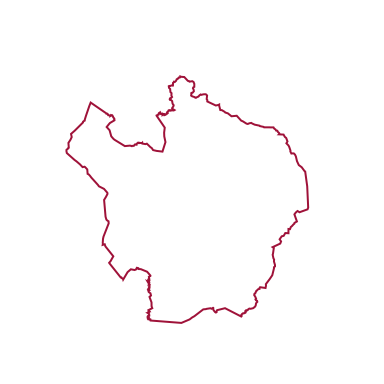 Jaunpiebalgas pag., Jaunpiebalgas, Latvia, rotated 56°
{"feature_id": "27541924B32667886531157", "entity_name": "Jaunpiebalgas pag.", "entity_type": "district", "adm_level": 2, "iso_a3": "LVA", "parent_name": "Latvia", "parent_adm1": "Jaunpiebalgas", "projection": "albers", "projection_center": [26.006, 57.148], "detail": "fine", "context": "isolated", "style": "outline", "palette": "rose", "viewbox_px": 384, "rotation_deg": 56, "n_neighbors": 0, "source": "geoboundaries", "source_scale": "gbopen_adm2", "svg_char_len": 6000}
<svg xmlns="http://www.w3.org/2000/svg" viewBox="0 0 384 384"><g transform="rotate(56 192 192)"><path d="M192.8,86.9L191.9,86.8L190.1,87.2L188.9,87.0L188.1,87.9L186.9,87.8L185.3,88.4L184.0,88.3L178.7,96.1L178.1,96.2L175.3,98.9L174.8,98.9L171.2,102.4L168.9,103.8L167.9,104.2L167.1,106.0L166.8,107.7L165.8,108.6L161.7,110.4L160.4,111.3L153.8,112.3L151.3,116.9L146.8,118.3L144.7,120.0L143.8,120.1L140.8,121.5L139.9,122.7L135.6,121.2L134.7,120.6L134.6,121.4L133.6,123.9L125.5,128.7L124.4,127.9L123.2,127.9L120.4,125.5L118.7,125.9L117.4,127.9L116.6,130.1L116.0,130.3L116.0,131.6L116.5,133.4L116.2,134.3L116.1,136.1L115.6,136.6L115.0,136.6L112.7,138.4L111.6,138.8L111.2,138.3L109.6,137.3L109.6,136.8L110.0,136.2L110.0,135.9L109.5,134.1L108.0,133.4L106.5,133.2L106.0,132.5L106.1,131.3L103.6,129.6L101.6,129.2L100.3,129.8L99.1,132.4L98.5,132.4L97.5,133.3L92.4,134.1L90.3,136.7L89.6,137.1L90.3,137.8L90.2,138.3L89.7,139.0L90.1,140.0L90.0,140.6L90.2,140.8L90.0,141.7L90.9,143.0L91.0,144.0L91.2,144.6L91.1,145.0L90.5,145.3L90.6,145.5L90.8,145.7L90.9,146.7L93.1,148.3L92.9,148.7L92.1,149.5L92.0,150.7L91.3,151.6L91.3,152.1L92.8,152.8L94.3,152.5L97.1,154.0L98.6,153.7L100.6,155.2L102.1,155.4L102.4,157.1L102.1,157.4L102.1,158.0L102.8,158.7L103.4,158.7L103.9,158.0L105.5,157.6L107.6,158.6L108.8,158.8L109.3,158.6L110.1,158.9L110.8,160.0L111.1,161.1L111.5,161.7L112.1,161.7L114.3,160.7L114.3,160.9L114.1,161.7L112.5,163.7L112.7,164.0L112.3,164.8L111.6,164.8L111.2,165.7L111.7,166.6L111.8,167.0L112.2,167.5L112.3,168.0L113.0,168.0L113.1,168.8L112.5,168.8L112.7,169.1L112.9,170.3L113.2,170.7L113.0,171.4L112.8,171.2L112.7,171.5L112.3,171.6L112.1,172.2L111.6,171.7L111.1,172.3L111.3,173.1L110.7,172.7L110.4,172.7L110.2,173.1L110.2,174.0L109.5,174.5L109.1,174.3L109.1,174.6L108.8,174.8L108.1,174.3L108.1,175.3L108.6,175.6L108.7,176.2L109.0,176.4L108.8,176.8L109.1,177.4L108.9,177.5L108.8,178.1L109.3,178.1L109.2,178.7L123.4,178.6L127.2,181.9L130.4,183.9L135.8,186.1L142.0,193.9L138.1,198.4L135.5,200.8L133.1,200.8L131.5,201.4L126.7,202.4L126.3,203.8L124.1,206.1L123.5,205.8L123.6,206.2L123.0,206.6L121.9,208.4L121.7,208.2L120.9,209.1L121.1,210.8L121.8,211.5L121.3,212.1L120.7,212.5L120.7,213.0L121.2,214.4L120.2,216.0L120.3,216.3L118.9,217.4L116.4,222.0L105.4,227.0L104.1,227.4L100.7,227.8L94.7,225.8L90.4,226.4L89.3,222.9L88.9,221.4L89.2,216.4L88.7,216.4L88.5,215.8L88.2,215.5L87.0,215.4L86.1,215.6L85.5,215.3L83.8,215.2L83.5,215.4L83.5,215.8L83.2,216.0L83.5,216.2L83.5,216.5L83.3,216.6L83.3,216.9L83.1,216.7L82.6,217.6L82.0,218.0L81.4,218.1L81.5,218.3L81.4,218.5L80.8,218.5L80.9,218.2L80.7,218.2L79.9,218.6L79.5,218.6L79.2,219.2L78.8,219.1L61.2,226.0L63.4,229.2L69.7,237.5L72.2,240.6L72.8,241.0L72.7,241.6L72.8,243.0L73.4,243.5L75.6,255.0L76.2,259.8L79.2,261.0L80.7,263.5L82.2,267.0L86.4,269.4L86.4,270.3L86.7,270.5L86.8,272.4L87.8,273.2L89.7,274.0L99.6,271.5L102.1,270.6L106.5,269.4L110.2,268.8L110.9,267.0L111.5,266.7L114.7,266.2L118.6,268.4L119.6,267.8L121.5,267.5L123.7,267.4L133.7,266.0L135.2,266.0L140.2,263.2L145.3,262.6L146.3,263.1L147.9,266.0L149.4,269.3L164.2,277.5L167.0,278.4L168.2,278.2L169.6,277.6L171.4,278.6L179.5,290.3L181.1,292.0L184.2,294.4L185.2,294.9L185.9,295.6L186.5,293.6L188.7,294.2L201.3,293.2L203.8,298.2L204.4,300.3L205.2,300.3L222.9,298.9L223.0,298.5L223.2,298.3L224.2,298.4L225.2,297.7L226.1,298.0L222.4,290.2L221.9,285.9L224.6,283.2L224.9,281.8L224.0,280.1L225.1,279.1L225.9,279.5L227.3,277.6L233.0,273.8L238.0,273.2L238.4,273.6L238.2,274.2L238.2,275.2L239.7,275.8L239.7,276.3L240.2,277.3L240.7,277.1L240.5,276.5L241.0,276.4L241.2,276.5L241.1,276.9L241.8,277.2L242.0,277.4L241.9,278.7L241.5,278.9L243.0,279.0L242.9,278.4L243.3,278.1L244.4,279.1L245.0,279.0L245.0,279.6L245.0,279.8L245.7,279.4L246.4,279.9L246.6,280.7L247.3,280.5L247.5,280.7L247.4,281.0L247.7,281.7L248.2,281.7L248.1,282.4L248.8,282.4L248.3,282.9L248.4,283.2L248.9,283.2L249.0,282.8L249.7,282.9L249.9,283.2L249.8,283.5L250.7,283.8L252.8,283.1L254.9,283.9L255.2,285.9L260.9,287.3L264.1,289.4L266.1,289.9L265.6,294.1L266.9,294.0L266.6,294.4L266.6,294.6L267.5,294.8L267.3,295.4L267.6,295.5L267.6,295.8L267.4,296.4L268.1,296.1L267.8,295.9L267.9,295.7L269.4,295.8L269.9,296.5L270.7,296.6L270.8,297.5L270.2,297.9L270.4,298.4L271.0,298.9L271.4,298.9L271.6,298.9L271.7,298.3L272.0,298.1L272.3,298.6L272.8,298.9L272.7,299.5L272.9,299.5L273.0,299.2L273.8,298.8L273.8,298.1L274.3,297.7L275.4,298.2L294.6,274.0L296.3,265.2L296.1,262.0L296.3,259.5L295.6,248.3L296.9,245.9L297.0,245.3L298.7,241.7L299.7,241.1L299.8,239.3L300.0,239.2L301.4,240.1L302.2,240.2L304.5,240.0L305.3,239.6L305.3,238.7L304.7,238.4L304.0,237.3L306.8,229.6L322.8,220.8L322.7,220.4L322.6,220.2L321.6,219.9L321.6,219.6L321.4,219.5L321.1,218.6L321.1,217.7L321.3,217.7L321.4,217.1L321.7,216.7L321.7,216.1L321.9,215.7L321.9,215.3L321.6,215.2L321.7,214.8L321.2,214.5L321.1,214.1L320.6,214.2L320.6,213.8L320.3,213.5L320.5,212.8L321.0,212.4L321.0,211.6L320.7,211.1L320.7,209.7L321.6,208.7L322.5,206.3L322.5,205.5L322.3,204.5L322.3,203.7L321.4,202.3L320.4,201.5L319.8,200.5L319.6,199.3L318.6,198.9L318.0,199.1L317.5,199.5L316.5,199.4L316.2,198.5L314.1,198.1L312.3,198.1L311.4,197.3L311.3,196.6L311.4,196.2L310.8,195.5L310.4,194.6L309.9,193.9L310.0,193.4L309.7,192.3L309.6,191.3L310.1,190.2L309.2,189.5L309.0,188.8L312.7,184.7L311.1,183.1L309.7,182.3L307.6,176.2L305.9,172.0L301.1,166.7L300.2,166.1L300.1,164.8L298.9,164.0L295.4,162.9L293.9,161.7L292.6,161.6L289.1,160.2L288.6,159.5L284.2,155.5L282.8,156.0L284.1,147.7L282.8,145.8L280.2,145.8L278.9,142.4L279.6,140.5L278.2,137.6L280.1,135.1L276.6,132.7L277.6,131.5L276.3,129.7L276.1,127.9L275.6,126.1L275.5,124.9L274.9,124.3L275.1,121.5L267.8,119.6L267.3,118.2L266.9,116.6L266.8,115.1L268.9,114.2L271.0,105.9L269.9,104.4L251.7,93.3L238.3,86.7L237.8,87.0L232.8,87.2L229.4,88.4L225.1,87.7L220.6,86.0L218.6,85.7L217.0,86.0L216.4,86.7L215.7,88.1L213.4,87.8L212.7,87.2L209.0,86.2L207.4,86.0L204.4,86.5L203.5,84.6L199.9,83.7L198.2,84.2L195.6,84.0L192.9,87.6L192.8,86.9Z" fill="none" stroke="#9f1239" stroke-width="2"/></g></svg>